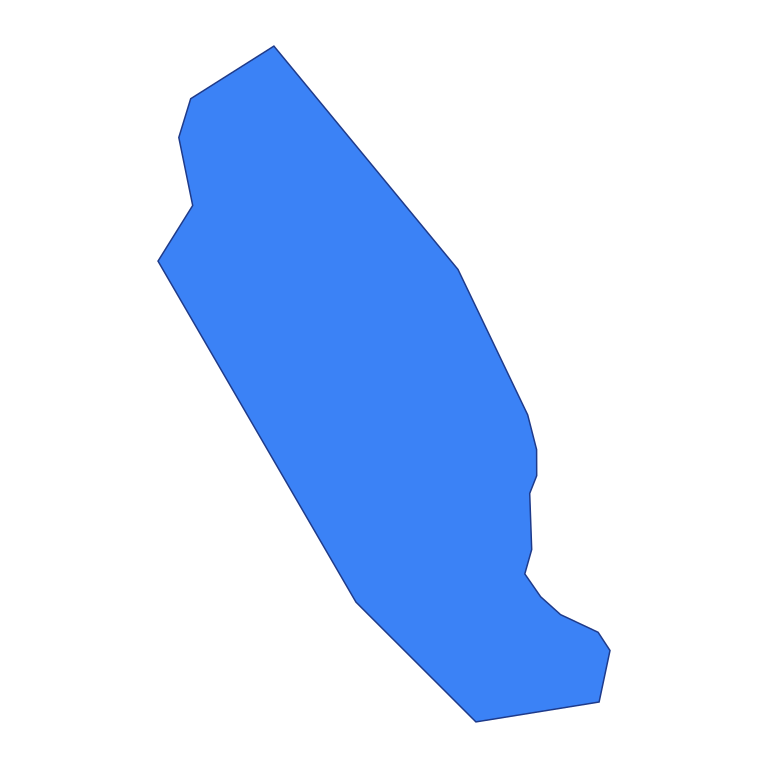 SVG path tracing the border of Hajdina
{"feature_id": "SVN-227", "entity_name": "Hajdina", "entity_type": "Municipality", "adm_level": 1, "iso_a3": "SVN", "parent_name": "Slovenia", "parent_adm1": "", "projection": "orthographic", "projection_center": [15.843, 46.418], "detail": "fine", "context": "isolated", "style": "filled", "palette": "blue", "viewbox_px": 768, "rotation_deg": 0, "n_neighbors": 0, "source": "natural_earth", "source_scale": "10m", "svg_char_len": 370}
<svg xmlns="http://www.w3.org/2000/svg" viewBox="0 0 768 768"><path d="M158.0,261.1L192.7,205.5L178.8,137.5L190.7,98.7L273.9,46.1L458.0,269.5L527.7,414.9L536.6,449.6L536.7,475.7L529.7,493.4L531.7,549.5L524.8,573.9L540.6,596.7L560.5,614.6L598.1,632.3L610.0,650.5L599.1,702.0L475.9,721.9L356.0,602.2L158.0,261.1Z" fill="#3b82f6" stroke="#1e3a8a" stroke-width="1.5"/></svg>